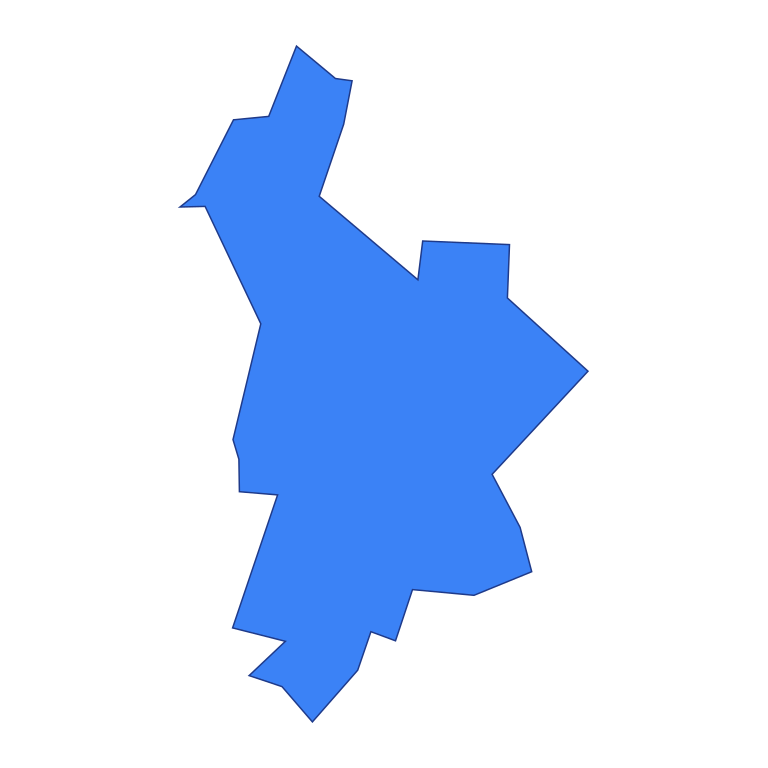 outline of Paxtakor, Jizzakh, Uzbekistan
{"feature_id": "79887680B29992956990251", "entity_name": "Paxtakor", "entity_type": "district", "adm_level": 2, "iso_a3": "UZB", "parent_name": "Uzbekistan", "parent_adm1": "Jizzakh", "projection": "natural_earth1", "projection_center": [68.003, 40.317], "detail": "fine", "context": "isolated", "style": "filled", "palette": "blue", "viewbox_px": 768, "rotation_deg": 0, "n_neighbors": 0, "source": "geoboundaries", "source_scale": "gbopen_adm2", "svg_char_len": 537}
<svg xmlns="http://www.w3.org/2000/svg" viewBox="0 0 768 768"><path d="M312.4,721.9L357.7,670.2L370.9,631.7L395.5,640.8L412.5,589.6L474.0,595.3L531.7,571.7L520.1,527.4L492.1,474.3L588.0,371.2L507.4,298.0L509.5,244.6L422.7,241.0L417.9,279.8L319.2,196.3L343.7,124.2L352.1,80.8L335.4,78.5L296.5,46.1L268.7,116.4L233.5,119.8L195.5,194.6L180.0,207.0L205.1,206.4L260.8,323.8L233.0,439.6L238.9,459.3L239.4,491.7L277.6,494.9L232.6,627.9L285.4,641.3L249.1,675.6L282.0,686.6L312.4,721.9Z" fill="#3b82f6" stroke="#1e3a8a" stroke-width="1.5"/></svg>